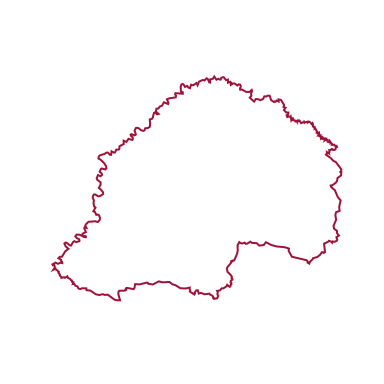 Luvianos, México, Mexico (orthographic projection), rotated 349°
{"feature_id": "50627088B51111814916404", "entity_name": "Luvianos", "entity_type": "district", "adm_level": 2, "iso_a3": "MEX", "parent_name": "Mexico", "parent_adm1": "México", "projection": "orthographic", "projection_center": [-100.389, 18.947], "detail": "fine", "context": "isolated", "style": "outline", "palette": "rose", "viewbox_px": 384, "rotation_deg": 349, "n_neighbors": 0, "source": "geoboundaries", "source_scale": "gbopen_adm2", "svg_char_len": 6010}
<svg xmlns="http://www.w3.org/2000/svg" viewBox="0 0 384 384"><g transform="rotate(349 192 192)"><path d="M203.3,84.1L202.0,84.6L201.0,86.5L200.3,91.2L202.0,92.4L201.7,93.8L194.6,91.8L194.1,92.9L194.7,94.6L194.1,96.0L187.9,95.7L185.1,96.2L185.9,100.2L185.3,101.1L181.6,98.6L178.9,101.6L176.8,101.9L174.9,103.6L172.9,103.5L171.9,106.1L174.1,109.0L172.6,109.1L170.6,106.8L169.7,107.1L167.7,111.5L166.7,112.5L164.4,112.7L163.8,117.7L162.9,120.1L160.7,120.8L158.3,120.5L157.0,122.5L155.8,122.7L153.6,121.5L151.9,119.3L150.4,118.5L149.1,118.5L147.3,121.0L147.9,124.7L147.5,125.2L146.4,125.4L143.7,123.7L142.7,123.9L142.7,125.1L144.2,126.9L144.1,128.5L143.4,129.5L139.8,127.7L137.2,130.3L134.7,128.6L134.1,131.9L129.6,133.2L128.8,136.0L128.2,136.4L125.8,135.9L123.9,138.5L122.9,138.5L120.8,136.7L119.7,140.1L118.6,139.9L117.0,137.3L115.6,137.0L113.5,137.9L108.6,138.5L107.3,139.3L106.5,141.3L108.4,142.8L111.3,147.0L112.6,150.4L112.5,152.5L111.2,153.3L108.0,151.7L107.0,152.0L105.2,154.5L106.7,156.1L107.0,158.0L105.2,159.1L103.0,157.4L101.0,160.4L101.3,161.9L104.1,165.0L103.7,167.3L101.3,170.3L103.0,172.2L104.6,175.3L104.4,177.0L101.6,178.3L99.1,178.4L96.7,176.0L95.4,175.7L93.9,177.1L93.5,178.7L94.1,181.6L93.3,183.6L93.1,187.3L94.3,188.9L91.5,192.1L92.8,192.9L93.7,196.2L95.0,196.1L96.3,197.1L96.7,199.9L96.1,201.9L93.7,203.5L91.5,202.3L84.7,201.5L81.7,203.5L80.8,204.8L81.5,207.0L79.8,206.2L79.3,207.0L80.2,211.1L76.7,212.0L76.3,212.8L76.7,214.5L78.9,214.9L79.4,215.4L79.1,216.2L77.5,215.6L73.6,212.5L70.6,211.8L69.0,213.3L70.2,215.4L72.1,216.7L72.4,217.9L72.0,218.8L68.8,219.1L67.1,217.8L65.5,218.6L63.1,221.5L62.1,221.2L59.2,217.9L58.1,217.5L56.9,218.2L57.6,221.2L59.9,224.2L56.3,226.0L52.0,230.7L49.9,230.4L48.2,231.5L50.5,233.5L50.2,234.2L51.2,235.8L51.1,237.0L49.4,236.3L46.7,236.9L44.6,235.3L41.2,236.4L41.5,237.5L42.9,237.7L43.0,238.9L42.9,240.0L41.1,241.8L43.4,241.2L43.4,242.0L45.1,243.4L45.2,244.6L46.0,244.9L45.7,246.4L46.6,247.8L46.3,248.9L47.5,250.4L47.4,251.4L50.1,251.2L50.9,252.0L53.5,251.0L53.8,252.6L56.0,254.3L56.3,255.5L57.2,255.9L57.2,257.4L58.3,257.9L57.4,259.6L58.8,259.6L59.7,261.8L61.6,262.9L61.9,264.6L62.5,265.3L63.9,266.0L65.6,265.5L69.9,266.4L69.7,268.2L73.5,269.4L78.1,274.1L81.3,275.4L84.8,275.3L86.8,276.4L89.7,276.7L95.5,283.0L98.2,284.1L100.7,284.6L100.2,277.9L101.0,275.5L102.0,275.1L107.3,276.0L108.7,275.5L108.2,274.8L109.0,273.8L110.1,273.8L116.1,276.2L117.2,275.3L118.6,271.6L123.0,272.7L130.0,272.3L131.3,272.7L131.6,273.8L135.9,275.3L142.3,273.4L146.0,275.1L152.7,276.0L155.1,278.8L158.1,280.4L162.1,284.2L167.3,285.5L171.5,285.4L171.1,286.5L171.6,287.9L170.9,289.3L174.7,293.1L175.5,292.2L175.3,291.3L177.4,289.4L178.9,289.6L179.3,293.0L181.6,292.8L184.8,294.8L189.7,295.1L190.0,296.0L192.2,297.7L193.0,299.5L192.5,299.9L192.8,300.9L193.3,301.1L196.4,301.1L197.9,299.1L197.4,297.3L198.2,295.0L197.8,293.9L200.7,293.9L202.7,292.2L204.3,292.6L208.0,291.1L208.8,289.8L210.9,292.3L211.8,291.8L212.6,289.9L213.1,289.9L213.3,288.5L212.6,288.0L213.2,286.4L215.0,285.7L215.1,285.2L214.4,283.9L215.0,282.8L214.2,280.9L211.6,277.2L211.7,273.8L212.4,272.6L216.8,269.0L217.3,267.4L218.5,267.8L218.7,267.0L220.4,267.2L224.3,261.5L225.7,258.4L226.5,253.1L228.8,250.2L229.8,251.4L231.5,252.1L234.1,251.8L234.8,253.1L236.3,253.2L239.8,251.9L240.9,253.3L245.8,254.6L247.8,257.5L252.3,257.7L255.0,255.4L259.8,259.2L264.7,261.6L272.2,263.8L275.3,265.4L276.4,266.1L275.6,268.1L277.7,274.6L291.6,280.9L292.4,282.7L292.0,283.4L293.5,284.7L294.5,283.0L297.5,281.1L298.2,280.1L302.7,279.7L305.7,278.1L308.1,275.8L309.7,277.0L310.4,276.1L311.1,276.2L311.8,267.9L315.9,266.9L317.2,266.0L319.2,267.3L319.9,268.6L320.7,267.4L322.7,268.1L324.9,267.4L325.5,266.6L325.1,263.9L327.9,262.8L326.5,260.1L326.9,257.8L324.4,255.1L324.5,252.2L328.2,246.7L328.3,242.0L329.6,239.3L333.3,238.7L333.6,234.8L336.3,228.6L334.1,224.7L332.6,217.6L329.5,213.5L329.4,212.1L330.8,212.2L334.9,210.4L336.5,208.8L337.5,206.0L341.5,204.2L342.0,202.4L341.4,200.8L342.5,200.7L342.5,198.6L342.9,198.2L338.8,189.9L336.9,188.6L334.6,185.1L330.6,180.9L331.8,180.0L332.0,178.5L333.7,180.2L333.6,179.4L334.6,179.0L334.7,177.0L336.1,177.2L337.3,176.4L338.1,176.7L338.4,177.6L340.2,177.9L341.3,177.0L341.7,175.6L342.9,175.5L342.7,174.3L340.8,173.6L340.6,172.8L338.3,172.4L338.7,171.6L337.8,170.1L337.2,170.4L337.4,168.9L336.9,168.0L336.6,168.9L335.3,169.1L335.0,168.3L334.5,169.1L335.1,166.0L334.4,166.9L334.0,166.1L332.6,166.6L333.8,165.1L332.0,164.5L331.5,165.2L330.9,164.0L330.7,164.8L329.9,164.7L329.5,164.3L330.4,163.1L330.0,162.8L328.7,163.9L328.7,161.8L328.0,161.5L328.7,160.9L326.9,160.6L327.9,159.9L328.0,158.3L327.3,158.8L326.6,158.6L326.6,157.3L325.7,157.5L326.0,155.7L325.2,153.3L324.3,153.5L324.7,151.4L323.7,151.4L323.2,150.7L323.7,148.7L323.4,147.4L322.4,148.2L321.3,146.1L320.2,145.2L318.8,145.9L318.8,145.0L316.0,145.2L315.6,144.5L315.3,145.1L315.0,144.6L312.3,145.3L311.2,142.3L309.8,141.9L309.8,142.7L308.8,142.4L308.6,143.3L308.1,142.3L307.0,142.5L306.8,141.5L305.8,141.2L305.5,140.2L304.3,140.5L304.8,138.8L304.0,138.8L303.2,140.0L303.3,136.5L302.6,137.0L300.6,135.8L300.4,136.5L299.8,136.6L299.5,134.7L301.2,134.1L301.8,132.4L299.7,131.9L297.9,129.1L299.9,127.2L298.0,126.0L299.0,124.2L296.9,118.6L294.6,117.6L294.3,119.7L292.6,118.4L291.4,119.3L290.6,118.8L289.7,119.4L287.2,116.9L286.6,112.3L284.7,111.9L283.0,112.4L281.3,111.9L279.4,114.3L276.7,114.9L275.4,113.9L272.4,112.9L270.2,115.1L266.7,110.5L268.7,108.8L268.7,106.8L270.3,104.2L270.1,103.2L267.8,104.7L264.1,104.0L260.7,101.0L258.8,100.8L258.7,100.0L260.1,97.6L259.8,95.9L258.4,95.2L256.8,96.1L254.9,93.9L253.3,93.2L250.5,94.3L250.5,93.3L251.4,92.4L250.7,91.1L248.2,91.6L248.7,88.5L246.7,88.7L245.4,85.9L244.4,85.1L242.3,85.7L241.6,87.1L240.4,86.8L239.5,85.9L237.4,86.4L235.9,82.9L234.2,84.8L231.2,85.0L230.7,88.0L229.8,87.6L229.0,84.0L227.9,83.2L225.5,84.9L224.1,84.1L219.9,85.0L217.8,88.3L217.1,85.9L213.5,87.5L211.6,86.5L209.8,89.7L208.6,89.0L207.4,86.9L205.3,87.6L204.2,84.8L203.3,84.1Z" fill="none" stroke="#9f1239" stroke-width="2"/></g></svg>